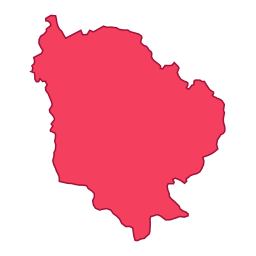 Maran, Pahang, Malaysia (Mercator projection)
{"feature_id": "92858781B75033719782494", "entity_name": "Maran", "entity_type": "district", "adm_level": 2, "iso_a3": "MYS", "parent_name": "Malaysia", "parent_adm1": "Pahang", "projection": "mercator", "projection_center": [102.676, 3.6], "detail": "fine", "context": "isolated", "style": "filled", "palette": "rose", "viewbox_px": 256, "rotation_deg": 0, "n_neighbors": 0, "source": "geoboundaries", "source_scale": "gbopen_adm2", "svg_char_len": 2936}
<svg xmlns="http://www.w3.org/2000/svg" viewBox="0 0 256 256"><path d="M31.1,71.6L34.4,72.9L34.9,75.7L34.9,79.2L36.3,81.7L38.6,81.7L39.9,78.7L42.7,81.5L45.2,81.2L47.1,84.7L45.5,87.5L45.7,90.2L47.1,92.3L48.2,93.7L49.4,96.7L50.8,99.9L51.9,102.9L52.1,105.2L50.8,107.5L49.4,109.6L49.8,112.1L51.9,114.4L53.5,116.5L54.4,118.3L54.4,119.9L52.6,122.0L51.2,123.9L52.8,126.2L51.7,127.8L50.3,130.1L50.5,131.2L52.8,132.1L54.9,133.1L55.6,135.1L55.4,138.1L54.7,141.1L55.8,144.8L55.6,147.6L55.4,149.7L54.0,152.6L54.0,156.1L52.8,160.7L53.8,164.6L55.4,167.9L56.5,171.1L57.9,173.8L59.1,176.4L59.3,179.1L59.3,181.4L67.8,183.3L71.7,183.5L75.2,184.4L79.6,185.1L82.3,185.1L86.5,185.6L88.3,188.6L91.8,190.9L94.3,193.6L94.3,197.1L92.7,200.6L93.4,204.9L95.5,208.2L99.6,210.0L103.1,209.1L107.0,208.6L110.9,210.2L113.4,213.7L116.6,216.0L119.6,219.0L121.7,223.4L125.9,226.6L129.5,226.4L132.8,228.0L133.2,231.4L133.9,236.0L135.1,240.4L137.6,240.6L138.0,240.4L140.8,239.0L144.5,238.3L146.4,236.3L149.1,234.0L149.8,231.7L150.3,223.6L150.0,219.4L150.7,216.5L153.7,215.8L157.2,214.6L160.6,216.0L165.7,219.9L170.5,219.7L174.0,218.5L177.0,217.6L179.5,216.5L184.4,217.1L187.2,216.1L188.1,215.8L188.1,213.9L186.0,212.1L182.5,210.7L180.2,208.9L179.1,206.1L174.7,201.7L171.7,199.2L169.4,196.4L169.2,193.6L167.8,190.0L167.1,186.0L168.2,183.7L173.5,183.7L174.2,182.1L172.6,179.4L175.4,178.2L180.5,180.3L184.6,183.3L186.7,181.2L186.2,178.7L187.8,177.8L190.6,175.5L193.8,174.3L196.8,173.6L199.8,171.8L201.6,169.0L203.5,164.6L203.9,160.9L202.8,157.5L204.4,156.6L207.4,155.6L210.9,154.0L213.4,152.6L215.9,150.6L217.8,149.0L216.6,144.6L217.3,140.2L218.9,137.7L220.8,134.7L223.1,133.5L224.7,131.5L224.9,128.0L224.4,125.5L223.5,122.5L223.3,119.0L223.8,116.0L224.4,112.8L223.5,110.3L224.3,104.4L222.0,100.7L219.6,99.1L216.8,98.2L216.2,97.6L213.9,96.7L212.4,95.3L213.6,93.6L213.4,92.0L211.2,90.8L209.4,89.4L206.8,85.4L205.2,83.0L204.4,81.4L202.2,81.6L200.1,80.2L197.8,80.1L195.3,80.1L194.0,81.1L194.0,83.5L193.7,84.6L191.7,85.4L190.6,87.0L188.7,89.2L186.4,87.7L187.8,85.2L187.8,83.0L186.7,82.0L184.7,81.4L181.1,79.5L179.5,77.4L178.2,75.2L177.3,72.4L178.0,70.5L178.9,68.0L178.3,66.7L176.4,64.7L174.2,62.5L172.7,64.5L171.7,65.3L169.3,65.6L167.1,65.5L165.1,65.5L163.7,67.4L162.4,68.9L160.3,68.1L160.6,66.2L159.3,64.7L154.3,60.9L152.5,59.0L151.5,56.6L151.8,53.4L151.1,51.8L148.8,49.9L147.7,47.8L146.2,46.3L143.8,45.4L142.4,44.4L140.6,42.3L141.3,39.1L141.9,37.8L141.5,36.1L138.6,34.0L130.2,31.7L127.9,30.1L123.8,30.1L119.2,29.4L116.6,27.8L111.1,27.1L107.0,27.3L103.5,26.2L93.4,31.9L89.7,30.3L87.2,34.5L82.6,34.7L80.9,30.3L65.7,38.2L63.4,34.5L61.8,31.3L59.5,29.2L57.9,26.2L56.8,22.7L56.3,18.8L55.6,15.8L51.0,15.4L47.8,17.2L45.7,18.6L45.9,20.9L48.2,21.1L50.3,23.0L50.8,25.5L46.4,29.0L46.4,31.5L43.9,34.2L40.6,36.3L39.0,39.8L39.0,43.7L41.3,48.1L42.9,50.4L41.6,53.4L33.7,57.5L34.6,60.7L34.2,63.7L31.9,65.8L32.8,68.1L32.1,71.1L31.1,71.6Z" fill="#f43f5e" stroke="#9f1239" stroke-width="1.5"/></svg>